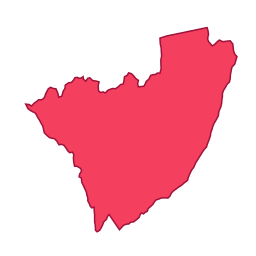 Itapé, Bahia, Brazil (Equal Earth projection), rotated 4°
{"feature_id": "56859067B92693928020841", "entity_name": "Itapé", "entity_type": "district", "adm_level": 2, "iso_a3": "BRA", "parent_name": "Brazil", "parent_adm1": "Bahia", "projection": "equal_earth", "projection_center": [-39.512, -14.957], "detail": "fine", "context": "isolated", "style": "filled", "palette": "rose", "viewbox_px": 256, "rotation_deg": 4, "n_neighbors": 0, "source": "geoboundaries", "source_scale": "gbopen_adm2", "svg_char_len": 2743}
<svg xmlns="http://www.w3.org/2000/svg" viewBox="0 0 256 256"><g transform="rotate(4 128 128)"><path d="M153.6,36.1L154.0,39.2L154.5,42.7L155.5,45.7L156.0,50.2L156.5,53.8L156.0,57.9L156.4,62.0L156.9,66.7L156.0,71.1L153.6,71.1L151.5,72.7L149.3,73.0L147.0,73.9L145.4,77.8L142.9,80.3L142.1,82.8L140.9,85.3L138.1,85.7L135.5,86.3L134.5,83.1L135.1,79.8L132.3,78.1L130.2,75.8L127.7,73.6L124.8,72.9L123.5,75.5L120.9,77.1L120.7,81.1L120.1,84.5L117.5,85.2L115.7,87.3L112.8,89.7L110.2,89.6L107.7,90.5L105.1,91.9L102.9,94.6L100.6,93.7L98.1,94.6L96.0,92.9L95.3,87.7L95.9,84.0L92.9,83.4L89.4,83.1L86.4,80.6L84.4,81.2L82.6,84.3L80.1,82.4L79.6,79.9L77.9,81.4L76.1,81.8L73.7,81.0L71.6,81.5L70.4,83.9L68.5,86.4L65.5,87.1L62.4,89.6L62.4,92.9L60.8,95.7L59.7,100.9L56.8,102.1L55.6,98.2L53.4,93.9L50.7,93.8L47.9,92.8L45.8,94.4L44.6,97.0L43.5,99.6L42.8,102.3L41.8,104.4L39.6,106.0L36.9,106.0L34.9,108.0L32.7,109.7L30.3,112.8L27.8,111.5L24.3,111.3L27.0,115.8L29.4,117.3L31.4,118.3L34.1,119.3L35.8,121.3L37.1,123.6L39.3,126.6L41.1,129.5L42.8,132.0L43.9,135.4L44.8,138.6L47.5,140.9L50.1,142.9L52.5,143.5L55.4,143.8L57.9,146.0L60.4,149.6L62.9,148.9L65.4,149.8L67.5,152.3L69.5,155.0L71.5,156.7L74.3,156.0L75.8,158.4L75.6,161.5L76.2,165.6L77.4,169.9L79.6,169.7L81.5,170.6L83.5,171.6L84.7,174.0L83.0,177.3L82.6,180.1L85.0,181.2L85.6,185.2L87.7,188.9L89.4,192.0L90.9,194.8L91.8,198.2L92.8,200.6L93.0,203.5L94.5,205.9L95.8,208.6L97.3,210.2L99.7,209.4L99.9,211.9L100.3,214.5L100.8,217.2L101.0,220.7L101.3,224.1L102.0,226.6L102.4,229.5L102.7,232.3L104.4,233.7L106.8,232.1L108.3,229.3L109.4,226.6L110.4,223.3L112.9,220.6L113.8,217.5L115.2,215.7L126.6,230.1L128.5,227.6L130.5,225.2L133.3,224.0L135.4,223.7L137.4,221.7L140.1,221.3L142.7,219.0L145.3,216.5L146.1,213.8L147.3,211.8L149.5,212.6L151.1,210.8L152.9,209.9L153.9,206.8L156.1,204.7L158.1,202.5L159.4,200.1L160.7,198.0L163.2,197.0L166.1,195.5L169.6,195.1L172.8,195.1L174.6,193.0L175.9,189.7L178.1,187.3L180.4,185.4L182.2,183.7L184.0,182.5L185.9,180.9L187.8,178.9L189.6,177.4L191.1,176.0L191.5,173.5L192.7,169.7L194.4,165.6L196.4,162.5L197.7,158.7L198.8,156.5L200.0,154.2L201.1,152.1L202.3,149.9L203.6,147.4L205.6,143.9L207.6,141.6L208.2,138.8L209.3,135.3L210.1,132.5L210.8,129.7L210.9,126.8L211.7,124.2L212.4,120.8L213.6,117.3L215.6,113.3L217.3,109.5L217.5,105.1L219.2,100.2L219.7,96.7L219.7,93.0L220.0,90.0L219.8,86.8L220.9,83.3L222.6,80.2L224.0,77.1L225.9,75.2L226.5,71.7L226.5,67.5L226.9,63.9L227.4,60.1L230.0,56.8L230.8,53.4L231.7,49.0L229.8,47.5L228.1,44.3L227.4,40.9L226.7,36.9L223.9,33.9L220.9,34.4L216.6,35.3L213.0,33.9L210.7,36.1L208.4,38.8L206.2,40.2L204.2,38.0L202.3,36.1L201.3,33.9L201.4,31.3L201.8,28.9L201.0,25.3L199.9,22.3L160.5,33.4L153.6,36.1Z" fill="#f43f5e" stroke="#9f1239" stroke-width="1.5"/></g></svg>